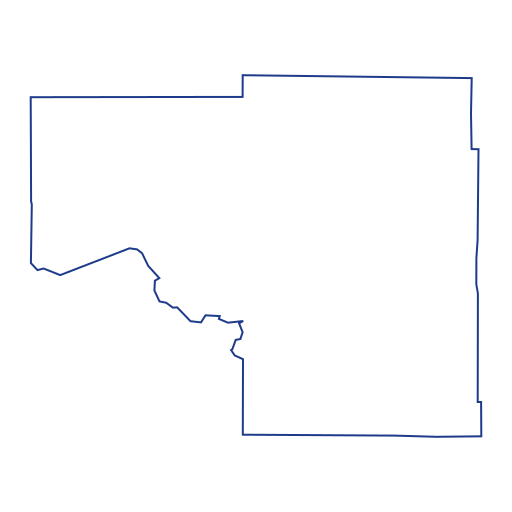 the district of Itasca, Minnesota, United States of America
{"feature_id": "52423323B57415420837442", "entity_name": "Itasca", "entity_type": "district", "adm_level": 2, "iso_a3": "USA", "parent_name": "United States of America", "parent_adm1": "Minnesota", "projection": "robinson", "projection_center": [-93.745, 47.462], "detail": "fine", "context": "isolated", "style": "outline", "palette": "blue", "viewbox_px": 512, "rotation_deg": 0, "n_neighbors": 0, "source": "geoboundaries", "source_scale": "gbopen_adm2", "svg_char_len": 715}
<svg xmlns="http://www.w3.org/2000/svg" viewBox="0 0 512 512"><path d="M471.7,78.1L242.7,75.2L242.6,96.9L30.7,97.2L31.1,201.4L31.8,204.5L30.9,263.1L37.5,270.1L43.6,268.5L60.2,275.1L129.5,248.3L137.1,249.4L142.1,253.3L148.2,265.9L159.3,278.1L154.9,280.7L154.4,290.5L159.5,301.4L166.3,302.8L172.8,307.6L177.2,307.4L190.5,321.2L201.0,322.4L205.5,315.3L219.7,316.1L218.9,318.9L228.0,322.7L243.2,321.0L239.1,323.3L242.6,332.2L240.4,339.0L235.7,339.9L232.4,349.1L231.1,350.1L234.7,355.4L243.0,359.2L242.8,434.7L394.8,435.6L436.4,436.8L481.3,436.3L481.1,402.0L477.7,402.0L477.9,293.5L476.3,284.2L476.4,257.7L477.6,240.3L478.5,149.2L471.6,149.1L471.0,113.5L471.7,78.1Z" fill="none" stroke="#1e3a8a" stroke-width="2"/></svg>